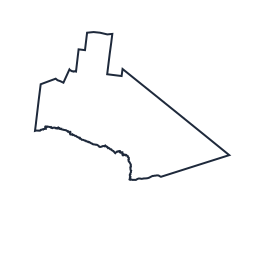 the district of Caseros, Santa Fe, Argentina, rotated 220°
{"feature_id": "61730980B68223475909099", "entity_name": "Caseros", "entity_type": "district", "adm_level": 2, "iso_a3": "ARG", "parent_name": "Argentina", "parent_adm1": "Santa Fe", "projection": "robinson", "projection_center": [-61.441, -33.197], "detail": "fine", "context": "isolated", "style": "outline", "palette": "slate", "viewbox_px": 256, "rotation_deg": 220, "n_neighbors": 0, "source": "geoboundaries", "source_scale": "gbopen_adm2", "svg_char_len": 5104}
<svg xmlns="http://www.w3.org/2000/svg" viewBox="0 0 256 256"><g transform="rotate(220 128 128)"><path d="M220.6,174.7L211.0,160.0L216.4,156.5L204.1,137.8L204.3,137.7L204.6,137.6L204.9,137.6L204.9,137.4L205.6,136.9L205.6,136.7L205.9,136.5L205.9,136.3L206.1,136.1L206.4,136.2L206.7,136.0L207.0,135.9L207.2,135.7L207.3,135.6L207.6,135.5L207.7,135.4L207.9,135.4L208.7,135.3L208.8,135.2L209.2,135.2L209.4,135.2L210.0,135.1L210.5,135.2L206.6,121.2L210.1,120.3L212.7,119.3L215.1,119.3L223.0,105.4L214.5,92.2L201.8,72.8L201.7,72.7L198.8,68.2L197.4,66.0L197.2,66.3L197.0,66.6L196.9,66.9L196.7,67.1L196.4,67.3L196.2,67.4L194.7,68.6L194.4,68.7L194.3,68.8L194.1,69.2L193.7,69.4L193.7,69.6L193.7,70.1L193.7,70.3L193.4,70.5L193.4,70.9L193.2,71.1L192.9,71.4L192.7,71.8L192.6,72.0L192.4,72.4L192.0,72.5L192.1,72.8L191.6,73.4L191.4,73.5L191.2,73.7L191.1,74.2L191.0,74.3L190.7,74.4L190.5,74.5L190.4,74.6L190.5,74.7L190.7,74.9L191.1,75.1L191.5,75.1L191.5,75.6L192.0,75.6L192.3,75.9L192.3,76.0L192.2,76.2L192.0,76.3L191.6,76.3L191.3,76.5L190.7,76.7L190.7,76.9L190.6,77.1L190.7,77.3L190.2,77.5L189.7,77.9L188.8,78.3L188.6,78.4L188.4,78.7L188.2,78.8L187.7,78.7L187.4,78.7L187.2,79.0L187.1,79.3L186.6,79.0L186.4,79.0L186.0,79.2L185.8,79.3L185.5,79.9L185.4,80.1L185.3,80.3L184.9,80.8L184.0,81.4L183.7,81.4L183.4,81.2L182.9,81.5L183.0,81.8L182.8,82.0L182.5,82.0L182.3,82.0L182.2,82.3L182.0,82.1L181.8,82.1L181.7,82.2L181.7,82.3L181.9,82.6L181.9,82.8L181.8,83.0L181.6,83.1L181.6,83.6L181.2,83.6L180.5,83.9L180.3,83.9L180.2,83.7L180.1,83.3L179.6,83.5L179.5,83.8L179.4,83.9L178.9,83.9L178.8,84.0L178.8,84.3L178.7,84.4L178.5,84.1L177.3,84.6L176.6,85.1L176.3,85.1L175.6,85.5L175.1,85.9L174.6,86.0L174.3,86.3L173.9,86.5L173.3,86.5L173.0,86.6L172.5,86.6L172.4,86.6L172.1,87.0L171.6,87.0L171.3,87.1L171.1,86.8L170.9,87.0L170.4,87.1L170.1,87.3L169.7,87.0L169.7,87.7L169.6,87.9L169.3,87.7L169.1,87.2L168.4,86.6L167.9,86.1L167.5,86.3L167.2,86.7L166.6,86.9L166.5,87.2L166.4,87.4L166.4,87.5L166.2,87.5L166.0,87.1L165.8,87.1L165.6,87.5L165.2,87.6L165.0,87.8L163.6,87.9L162.9,88.4L162.8,88.5L162.1,88.4L161.7,88.5L161.3,88.5L161.1,88.5L160.8,88.8L159.8,88.8L159.3,89.0L158.8,89.6L158.7,89.6L158.5,89.2L158.4,89.0L158.3,88.9L158.0,88.9L157.7,89.3L156.7,89.4L156.1,89.3L155.7,89.3L155.1,89.9L154.8,90.0L154.3,90.3L153.3,90.4L152.9,90.6L152.7,90.7L152.5,91.0L152.2,91.1L151.9,91.1L151.5,90.9L151.3,91.0L151.0,91.3L150.5,91.5L149.6,91.6L149.5,91.8L149.5,92.0L149.4,92.1L149.2,92.1L148.9,91.9L148.6,92.0L148.4,92.3L148.2,92.2L147.9,92.4L147.6,92.5L147.0,92.5L146.7,92.6L146.1,92.7L145.9,92.8L145.7,92.9L145.4,93.0L145.1,92.9L144.7,92.9L144.5,93.0L143.9,93.4L143.5,93.5L142.8,94.1L141.8,94.5L141.6,94.8L141.3,94.9L140.9,95.2L139.9,95.3L139.6,95.4L139.1,95.4L138.8,95.4L138.4,95.3L138.3,95.2L138.0,95.2L137.4,95.5L137.2,95.5L136.1,96.9L136.0,97.1L136.0,97.6L135.9,97.7L135.5,98.0L135.1,98.5L134.7,98.9L134.2,99.0L134.3,99.7L134.2,99.9L133.7,99.6L133.2,100.0L132.4,99.8L132.1,99.9L131.7,100.3L131.4,100.2L131.1,99.9L130.7,99.9L130.3,99.7L130.2,99.8L130.2,100.1L130.0,100.3L129.6,100.4L129.2,100.5L128.3,100.3L128.0,100.3L127.7,100.4L127.1,100.9L126.9,100.9L126.3,100.6L125.2,100.7L124.4,101.0L123.9,100.8L123.3,100.8L121.8,100.5L121.6,100.5L121.6,101.2L121.6,101.4L121.5,101.6L121.4,102.0L121.2,102.4L121.3,102.8L121.1,103.0L120.8,103.1L120.7,103.2L120.7,103.5L120.7,103.8L120.6,104.0L120.4,104.1L119.5,104.3L119.4,104.4L119.6,104.8L119.6,105.0L119.2,105.2L118.9,105.0L118.8,104.6L118.6,104.2L118.4,104.2L117.9,104.2L117.6,104.5L117.4,104.8L117.2,104.8L117.1,105.0L117.1,105.5L116.7,105.8L116.6,105.7L116.4,105.3L116.3,105.1L116.1,105.1L115.5,105.1L115.3,104.9L115.3,104.1L115.1,103.9L114.5,103.8L114.2,103.8L114.1,104.0L114.6,104.0L114.7,104.3L114.2,104.7L113.8,105.3L113.4,105.5L113.2,105.6L112.7,105.9L112.6,105.5L112.5,105.4L112.4,105.4L112.1,105.5L111.8,106.0L111.6,106.2L111.3,106.2L110.5,106.1L110.2,106.2L110.1,106.3L109.9,106.2L109.5,105.7L109.2,105.7L109.0,105.8L108.2,105.7L107.9,105.4L107.7,104.8L107.1,104.4L107.3,104.0L107.3,103.9L106.8,103.6L106.3,103.1L105.8,102.8L105.5,102.8L105.1,102.9L104.8,102.7L104.3,102.6L104.2,102.5L103.2,102.1L102.5,101.9L101.9,101.4L101.6,100.7L101.4,100.6L101.2,100.5L101.0,100.4L100.9,100.1L101.0,99.7L101.0,99.4L100.4,99.1L100.2,98.6L99.7,98.2L99.4,97.8L99.3,97.7L98.8,97.4L98.5,97.4L98.2,97.4L98.0,96.8L97.9,96.6L97.5,96.3L97.3,96.0L97.1,94.9L97.0,94.6L96.9,94.4L96.6,94.2L96.3,94.0L96.3,93.8L96.6,93.7L96.6,93.4L96.0,92.7L95.5,92.3L95.1,92.2L94.7,92.2L94.5,91.8L94.6,91.2L94.5,90.9L94.1,90.8L93.7,90.7L93.8,89.6L93.6,89.5L93.2,89.7L92.9,89.8L92.6,90.1L92.1,90.8L90.9,91.3L90.6,91.7L88.6,93.3L88.3,94.1L88.1,94.9L87.7,95.5L87.6,95.8L87.3,96.2L86.0,97.2L85.5,97.4L85.0,97.7L83.9,98.9L83.5,99.5L83.2,99.7L82.8,100.1L81.8,101.0L80.6,102.3L80.1,103.2L79.9,103.4L79.5,104.4L79.2,105.2L78.4,107.0L78.0,107.4L77.7,107.6L77.0,108.6L76.3,109.2L75.5,110.2L74.2,111.2L73.4,111.4L73.0,111.4L71.4,111.8L33.0,172.3L63.6,171.8L107.0,171.0L170.1,169.7L166.3,163.7L178.5,155.8L190.1,173.7L195.7,182.6L200.5,190.0L204.0,186.4L210.7,183.0L216.0,179.4L220.6,174.7Z" fill="none" stroke="#1e293b" stroke-width="2"/></g></svg>